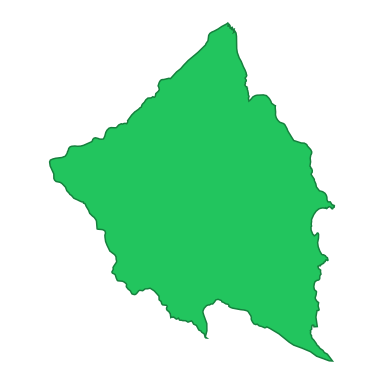 the district of Padang Lawas, Sumatera Utara, Indonesia
{"feature_id": "22746128B18337582481574", "entity_name": "Padang Lawas", "entity_type": "district", "adm_level": 2, "iso_a3": "IDN", "parent_name": "Indonesia", "parent_adm1": "Sumatera Utara", "projection": "natural_earth1", "projection_center": [99.825, 1.157], "detail": "fine", "context": "isolated", "style": "filled", "palette": "green", "viewbox_px": 384, "rotation_deg": 0, "n_neighbors": 0, "source": "geoboundaries", "source_scale": "gbopen_adm2", "svg_char_len": 5973}
<svg xmlns="http://www.w3.org/2000/svg" viewBox="0 0 384 384"><path d="M206.7,338.0L205.6,337.1L205.4,336.6L206.9,330.8L206.8,323.6L203.7,315.0L202.9,312.2L203.0,310.9L204.1,308.3L206.6,305.6L208.6,304.9L209.7,304.9L210.9,304.0L212.7,304.0L214.7,301.7L215.8,299.9L218.1,299.3L221.0,300.4L221.4,300.6L221.9,301.8L223.5,302.4L225.9,303.9L228.1,304.3L229.0,305.5L228.9,306.4L230.5,307.4L232.4,308.1L240.4,309.6L244.0,310.0L246.7,310.7L248.0,311.4L250.9,315.9L251.4,317.7L251.2,318.7L251.4,319.8L252.5,321.9L253.8,323.8L255.9,324.6L257.1,324.1L259.2,325.9L261.5,326.4L264.7,327.8L265.8,327.6L266.6,326.9L267.1,327.0L269.7,328.3L278.9,333.8L289.1,342.1L293.7,345.1L302.2,348.2L310.5,351.7L316.6,356.2L329.2,360.8L332.5,361.0L327.3,354.1L324.4,352.6L322.9,350.4L319.9,348.3L318.4,346.2L317.3,345.5L315.9,343.0L313.5,339.7L312.2,338.5L311.5,336.7L311.5,335.5L310.6,334.3L310.4,332.7L310.8,332.0L310.3,330.7L311.7,329.1L311.6,327.6L312.1,325.4L312.6,325.1L313.7,325.2L314.0,326.8L317.3,326.6L315.9,317.1L317.0,310.6L318.7,310.4L319.1,309.6L318.1,305.9L318.6,302.6L317.4,301.6L317.2,301.7L315.4,298.9L315.2,297.7L316.1,294.9L316.5,291.8L316.2,291.2L314.8,290.1L314.3,289.3L313.8,286.7L314.3,283.6L315.1,281.6L316.9,280.4L318.7,280.0L319.2,279.5L319.7,278.8L319.8,276.0L320.2,275.1L321.0,274.2L320.5,271.9L320.6,270.1L318.7,268.7L318.2,267.6L317.9,266.3L318.8,266.1L319.5,265.4L320.2,265.8L320.9,264.6L321.6,264.6L321.9,264.1L323.2,263.3L323.3,263.4L323.9,262.9L324.2,262.0L325.2,261.6L325.6,260.3L326.1,259.7L327.2,260.4L327.7,260.5L328.0,260.1L327.4,257.7L326.1,256.9L325.4,255.8L323.6,254.8L322.3,254.7L321.6,254.2L319.8,251.1L318.2,246.8L317.6,242.6L318.5,238.2L318.6,234.4L318.2,233.3L317.7,233.0L317.2,233.1L316.5,234.2L314.5,235.8L314.1,235.7L313.7,235.0L312.8,234.3L311.1,230.1L311.0,227.7L311.0,226.9L311.6,226.1L311.2,224.1L311.6,221.6L311.5,220.2L311.8,218.9L313.8,214.5L316.1,211.2L318.7,209.0L320.5,208.3L322.7,207.9L325.3,208.2L325.6,207.8L326.4,208.6L326.7,208.6L327.1,208.3L327.2,207.8L328.7,207.1L329.0,206.6L329.6,206.7L331.1,207.5L331.2,208.1L331.8,208.7L332.6,208.8L333.1,207.8L334.1,207.3L334.4,205.8L334.0,205.4L333.4,205.7L332.9,204.9L332.1,204.8L330.3,201.9L328.1,201.9L327.8,201.6L327.0,199.8L326.9,197.4L326.7,196.5L326.2,195.1L325.0,193.3L322.7,191.7L319.4,190.8L316.4,186.9L315.8,183.8L314.3,180.5L314.3,179.3L311.2,174.6L311.4,173.4L312.2,172.2L312.3,170.5L311.7,168.8L310.7,168.0L310.9,167.5L309.9,166.1L310.6,161.9L310.2,158.2L310.8,154.9L311.3,154.2L311.7,153.0L311.7,151.7L310.6,149.5L307.5,146.1L306.9,144.8L306.1,144.1L304.2,143.1L301.4,143.0L293.7,140.5L288.0,131.3L286.8,128.4L286.5,128.4L286.8,128.3L284.7,124.5L283.6,123.6L279.7,122.2L277.9,120.4L276.9,118.9L276.2,117.6L275.5,115.1L275.6,111.8L275.2,107.5L275.4,105.7L274.7,105.5L271.6,103.3L270.9,101.3L270.0,99.7L268.8,98.0L266.4,95.6L263.3,94.9L257.0,95.2L255.3,95.6L252.9,96.9L250.3,100.0L248.9,101.1L248.5,99.0L248.5,97.6L248.9,97.0L249.0,96.3L248.3,94.9L248.3,93.4L247.7,90.4L247.3,89.6L247.4,88.1L246.9,87.8L246.8,86.8L245.9,86.6L244.8,84.9L245.4,83.8L245.3,82.2L246.1,81.3L246.3,80.4L246.0,79.6L245.2,78.5L245.2,77.9L246.4,76.5L246.8,75.1L246.2,74.5L246.3,73.3L245.1,70.2L243.3,66.6L241.2,61.4L239.2,57.9L237.3,52.6L236.7,48.6L236.5,36.3L236.0,33.0L235.2,31.6L233.9,32.3L234.4,31.5L233.8,31.5L233.7,31.2L234.5,30.7L234.3,30.4L233.7,30.7L233.5,30.3L234.1,29.7L234.2,29.2L232.8,29.8L231.7,29.5L231.8,29.2L232.7,29.3L233.0,29.0L231.7,28.6L232.1,28.5L231.9,27.8L232.3,27.6L232.2,27.3L231.0,27.7L230.0,27.5L230.2,26.0L229.9,25.6L229.7,25.6L229.3,26.3L228.0,26.2L228.0,25.5L229.3,25.5L229.6,25.0L229.0,24.2L228.4,24.0L227.8,23.0L226.7,23.9L221.6,26.6L218.1,29.0L214.2,31.1L211.8,32.1L209.9,33.4L208.7,35.3L208.0,40.7L206.0,43.6L205.5,45.0L197.8,52.5L188.2,60.5L183.5,65.4L180.7,68.7L176.6,71.9L170.5,78.6L168.9,78.3L163.9,79.5L162.2,79.6L161.2,79.9L160.3,80.7L159.3,82.3L158.1,85.9L158.8,87.2L159.3,89.4L159.1,90.0L158.3,91.3L155.8,93.6L155.3,96.4L154.5,97.2L154.0,97.3L152.9,96.7L151.1,97.9L147.9,98.1L145.8,99.9L144.4,102.2L142.4,104.2L141.8,105.3L141.4,107.0L140.1,107.7L138.4,109.4L134.9,111.8L131.8,114.9L127.6,120.7L127.8,121.1L127.7,122.1L126.7,123.7L125.5,123.4L124.2,123.4L122.5,124.1L121.4,123.8L120.7,124.0L118.7,125.0L116.4,127.6L115.2,127.8L111.0,127.6L109.0,128.2L107.0,130.2L105.8,132.4L104.8,136.2L103.6,138.7L103.0,139.1L100.9,139.2L99.3,139.0L98.3,138.5L95.6,137.8L94.1,138.1L92.8,139.4L92.4,140.7L91.7,141.7L83.6,145.3L80.7,146.1L77.6,146.3L74.8,146.0L71.6,146.3L70.5,146.7L69.8,147.1L68.7,148.5L68.3,150.2L67.4,152.0L67.2,153.2L65.3,156.2L61.9,157.5L55.5,158.3L52.8,159.0L50.4,160.1L49.6,161.9L50.2,166.0L53.8,173.9L53.9,178.5L54.6,180.1L56.1,181.5L60.1,182.3L62.0,183.5L65.5,187.2L66.8,190.7L69.2,193.3L69.9,194.4L71.5,195.5L73.8,198.2L81.5,201.8L83.4,202.1L83.5,203.1L84.8,203.6L85.4,204.3L86.1,206.2L88.6,210.3L89.7,213.3L92.3,215.9L94.3,217.5L96.1,220.1L96.5,221.4L97.1,228.9L97.9,229.2L102.4,229.6L103.9,230.2L105.1,231.2L105.5,233.1L104.9,235.2L105.0,237.2L105.6,241.5L107.0,245.1L109.9,251.1L114.7,254.7L116.0,256.7L116.2,259.5L116.6,261.0L116.5,262.1L113.5,266.6L113.0,267.7L113.3,269.2L111.9,272.0L112.4,273.1L114.8,274.3L115.3,275.0L116.3,278.2L117.3,280.4L117.9,280.8L122.4,281.2L124.1,282.0L126.0,283.5L126.6,284.4L126.3,286.4L126.4,286.9L128.1,289.1L130.3,290.8L131.9,293.8L133.1,294.3L134.8,294.6L135.8,294.2L137.2,292.8L138.6,290.9L139.8,290.3L142.7,290.7L145.3,288.8L147.5,288.8L150.0,288.2L151.4,289.0L154.4,291.0L159.0,296.2L159.1,299.8L161.1,301.5L161.6,303.4L162.2,304.5L162.8,304.9L166.5,305.3L166.9,305.8L167.2,306.7L166.6,307.8L166.5,308.9L167.2,310.4L169.1,311.7L169.4,312.7L170.2,313.4L170.8,317.6L171.9,317.0L172.9,317.3L173.6,317.0L176.3,319.1L177.2,318.9L178.3,318.1L178.6,318.3L179.4,319.9L179.9,320.2L181.5,320.2L182.5,320.6L185.6,320.7L188.0,322.1L191.5,320.9L192.5,322.0L193.6,324.1L196.4,325.4L198.8,330.0L201.1,331.1L201.6,332.1L204.3,334.0L205.1,337.2L205.8,337.9L206.7,338.0Z" fill="#22c55e" stroke="#15803d" stroke-width="1.5"/></svg>